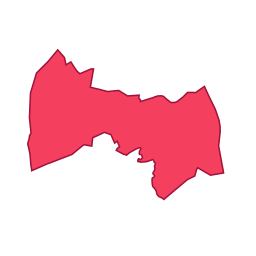 Isa, Sokoto, Nigeria (Equal Earth projection), rotated 11°
{"feature_id": "59680162B66631777088899", "entity_name": "Isa", "entity_type": "district", "adm_level": 2, "iso_a3": "NGA", "parent_name": "Nigeria", "parent_adm1": "Sokoto", "projection": "equal_earth", "projection_center": [6.414, 13.208], "detail": "fine", "context": "isolated", "style": "filled", "palette": "rose", "viewbox_px": 256, "rotation_deg": 11, "n_neighbors": 0, "source": "geoboundaries", "source_scale": "gbopen_adm2", "svg_char_len": 2278}
<svg xmlns="http://www.w3.org/2000/svg" viewBox="0 0 256 256"><g transform="rotate(11 128 128)"><path d="M66.3,172.0L78.1,164.6L87.8,152.8L95.9,152.7L95.2,144.3L105.7,136.8L112.6,137.8L114.3,140.3L115.1,141.5L117.8,145.4L119.9,143.0L123.3,148.2L121.4,149.9L120.7,152.2L128.9,154.7L129.7,154.6L130.6,154.6L131.7,155.0L134.2,151.9L140.4,146.7L143.4,145.0L144.1,145.1L144.5,145.4L144.5,146.4L144.4,146.6L144.1,147.2L143.9,148.1L143.7,149.1L143.8,150.1L143.9,150.9L144.0,151.0L144.1,151.3L144.4,151.7L145.0,151.5L146.0,151.7L146.6,152.2L147.1,152.5L147.3,153.3L147.8,154.4L147.3,155.3L146.4,156.5L145.9,156.6L145.1,156.8L144.7,156.0L144.3,156.1L144.0,156.8L143.8,157.4L143.8,158.3L144.3,159.1L146.9,159.1L150.2,158.2L151.7,157.8L153.6,157.1L154.4,156.6L154.9,156.2L156.7,155.2L158.5,154.2L159.3,154.9L159.8,155.8L160.2,156.4L160.4,156.7L160.8,156.9L161.3,157.0L161.5,157.5L161.6,158.2L161.5,159.0L161.4,159.8L161.3,160.2L161.2,160.5L161.6,161.1L161.9,162.1L162.1,162.8L162.1,163.6L162.2,164.2L162.0,164.9L161.6,165.8L161.2,166.6L161.1,167.1L161.2,167.8L161.4,168.4L162.0,168.9L162.7,169.3L163.1,169.9L163.1,170.7L162.7,171.3L162.2,171.8L161.7,172.1L161.3,172.7L161.4,173.7L161.9,176.3L162.8,179.2L163.7,180.9L165.5,182.2L167.2,183.9L168.0,185.1L169.3,187.9L171.6,189.5L175.1,190.3L176.9,191.3L183.4,183.1L196.1,167.4L202.7,162.4L203.0,158.7L203.3,155.5L203.9,153.7L218.0,158.6L230.4,153.9L229.3,150.9L227.2,145.7L223.2,135.5L220.4,128.4L219.2,114.0L218.1,108.9L215.9,103.0L210.1,92.9L201.7,81.8L197.1,75.5L195.1,72.6L189.4,78.4L187.8,80.3L183.2,81.0L180.3,81.6L179.5,81.9L176.5,86.5L173.5,90.0L172.1,91.7L171.5,92.4L169.5,93.8L166.3,94.6L165.2,94.8L160.2,92.2L156.9,90.2L154.8,90.0L151.2,90.8L148.3,92.4L146.3,93.7L140.0,97.0L135.3,99.7L135.1,98.9L134.8,98.0L133.2,96.9L132.8,96.1L132.8,94.6L132.7,93.6L121.5,96.6L111.7,92.9L101.0,96.1L91.9,95.5L83.3,95.2L82.9,76.6L82.1,76.7L80.4,77.1L70.4,83.9L66.9,81.8L62.7,77.6L59.3,74.0L55.1,77.8L52.2,71.0L44.1,64.7L36.9,77.9L27.7,91.5L25.6,112.3L29.3,136.8L33.8,151.5L32.8,154.2L32.9,156.0L33.0,158.1L32.9,159.3L32.6,160.3L32.6,162.2L32.8,163.3L34.3,166.5L35.7,169.7L35.7,169.9L36.6,171.9L37.7,175.6L38.6,178.9L39.8,183.1L41.2,186.8L41.6,188.3L55.6,178.6L58.5,176.9L66.3,172.0Z" fill="#f43f5e" stroke="#9f1239" stroke-width="1.5"/></g></svg>